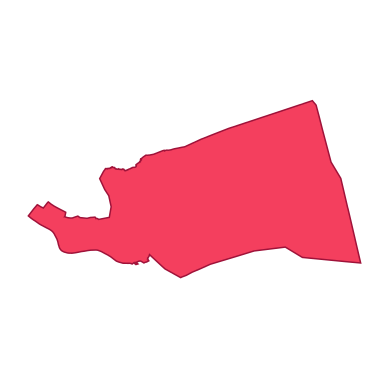 outline of Venray, Limburg, Netherlands, rotated 177°
{"feature_id": "6326949B92597341568086", "entity_name": "Venray", "entity_type": "district", "adm_level": 2, "iso_a3": "NLD", "parent_name": "Netherlands", "parent_adm1": "Limburg", "projection": "robinson", "projection_center": [6.037, 51.508], "detail": "fine", "context": "isolated", "style": "filled", "palette": "rose", "viewbox_px": 384, "rotation_deg": 177, "n_neighbors": 0, "source": "geoboundaries", "source_scale": "gbopen_adm2", "svg_char_len": 4843}
<svg xmlns="http://www.w3.org/2000/svg" viewBox="0 0 384 384"><g transform="rotate(177 192 192)"><path d="M67.0,276.9L111.0,264.8L112.7,264.3L118.3,262.8L125.1,260.9L135.8,258.0L137.9,257.4L152.0,253.6L154.7,252.7L162.3,250.2L168.0,248.3L180.2,244.2L196.8,237.6L197.0,237.5L200.4,237.1L203.4,236.6L207.2,236.1L208.6,235.8L210.2,235.4L210.4,235.3L211.0,235.2L213.7,234.9L213.8,235.0L214.1,235.0L214.5,235.1L215.0,235.1L215.6,235.1L216.2,234.9L217.3,234.5L217.6,235.1L218.9,234.8L219.6,234.6L227.7,231.9L228.3,231.7L231.1,231.3L232.5,231.1L233.7,231.1L234.4,231.0L236.1,231.2L239.7,229.0L240.1,228.5L240.4,228.3L240.8,227.8L241.5,227.8L241.8,226.8L241.1,226.5L242.6,225.1L242.2,224.8L242.6,224.5L244.1,223.8L244.4,223.6L245.0,223.2L246.5,222.2L246.6,221.6L246.5,221.4L246.4,221.3L246.2,221.2L246.3,220.8L246.4,220.6L246.5,220.5L246.5,220.4L246.7,220.1L246.8,220.0L247.1,219.9L247.6,219.7L247.9,219.7L248.1,219.7L248.4,219.6L248.6,219.6L248.8,219.7L249.1,219.7L249.4,219.7L250.1,219.5L250.4,219.6L250.6,219.5L250.7,219.3L250.8,219.2L251.2,218.9L251.6,219.0L251.8,218.9L252.2,218.7L252.4,218.5L252.7,218.4L253.3,218.3L253.7,218.2L254.3,217.9L254.6,217.8L254.6,217.7L254.8,217.7L255.3,217.6L255.5,217.5L255.5,217.3L255.7,217.2L255.9,217.2L256.3,217.2L256.5,217.1L256.9,216.8L257.0,216.7L257.5,216.8L257.7,217.0L257.8,217.1L258.0,217.0L258.1,217.3L258.3,217.3L258.4,217.5L258.5,217.7L258.8,217.9L259.0,218.3L259.2,218.2L259.3,218.2L259.3,218.3L259.6,218.2L259.8,218.2L259.8,218.3L259.7,218.4L260.3,218.6L260.4,218.3L260.5,218.2L261.1,218.1L261.4,218.1L261.6,218.1L261.8,218.3L262.3,218.3L262.6,218.5L262.8,218.5L262.8,218.4L263.0,218.4L263.7,218.4L263.9,218.5L264.0,218.6L263.9,218.8L264.0,219.0L264.2,218.9L264.3,218.9L264.5,218.8L265.0,218.6L265.6,218.7L265.8,218.9L266.0,218.8L266.3,219.0L266.5,218.9L266.9,219.0L267.6,219.4L267.7,219.5L267.7,220.0L267.9,220.4L268.1,220.4L268.2,220.5L268.4,220.6L268.8,220.5L269.2,220.5L269.3,220.7L269.8,220.9L269.8,221.0L270.0,221.2L270.4,220.9L270.4,221.1L270.5,221.2L270.8,221.0L271.0,221.1L271.2,220.9L271.4,220.8L271.5,220.7L271.8,220.5L272.0,220.6L272.3,220.5L272.6,220.1L272.7,219.9L272.8,219.9L273.1,219.9L273.6,219.8L274.0,219.8L274.3,219.9L274.4,220.0L274.6,220.1L274.8,220.0L274.9,219.9L275.2,219.6L275.4,219.5L276.0,219.7L276.5,220.0L276.9,220.0L277.1,219.9L277.3,219.9L277.6,220.2L277.3,219.5L279.2,217.3L283.5,210.2L279.0,199.0L275.3,192.6L273.5,181.5L275.9,171.0L282.4,170.1L286.7,169.5L287.1,169.8L287.4,170.2L287.7,170.3L288.2,170.5L288.6,170.7L288.8,170.7L289.3,170.5L289.5,171.0L289.8,171.4L289.9,171.7L290.2,172.0L292.7,171.9L294.7,171.9L298.1,171.2L305.2,172.3L306.6,173.4L306.9,173.7L307.3,173.9L308.4,173.6L310.2,173.1L311.6,172.7L312.5,172.4L313.1,172.3L315.0,172.4L316.1,172.6L317.2,172.8L319.4,173.5L319.7,173.6L319.8,173.6L320.0,173.8L320.1,174.1L320.3,174.1L320.2,174.2L319.3,177.6L319.2,177.9L319.2,178.4L322.6,180.4L325.0,181.8L328.0,183.6L330.4,185.1L333.4,187.3L336.0,189.6L336.6,189.2L337.4,188.3L339.1,186.3L339.9,185.4L341.3,183.8L343.9,185.2L347.0,187.4L346.8,187.8L350.0,184.4L350.7,183.7L353.7,180.2L356.7,176.7L355.5,175.6L354.0,174.2L351.6,172.3L350.3,171.4L348.4,169.9L346.0,168.0L344.3,166.9L338.6,163.5L337.5,162.9L336.2,162.1L335.7,161.8L335.4,161.5L334.7,161.0L333.4,159.8L332.5,158.6L331.6,157.1L331.4,156.5L330.5,154.6L330.0,153.5L329.4,152.2L328.8,150.1L328.6,149.4L328.1,146.3L327.8,145.3L327.4,143.6L327.1,142.8L327.0,142.7L326.5,141.7L326.1,141.1L325.4,140.4L325.0,140.0L324.6,139.8L324.0,139.4L322.9,138.8L322.1,138.5L321.1,138.2L319.7,137.7L318.0,137.4L315.0,137.2L313.3,137.3L312.1,137.4L311.1,137.5L308.2,137.9L305.7,138.3L303.0,138.5L300.6,138.8L300.0,138.9L299.0,139.0L296.3,139.2L296.1,139.2L295.7,139.2L291.0,139.1L290.2,139.0L289.6,138.9L288.9,138.7L287.5,138.1L286.6,137.7L285.7,137.3L282.3,135.2L279.2,133.4L278.4,132.8L277.3,132.1L276.0,131.1L272.9,128.4L271.2,127.0L270.8,126.8L268.8,125.9L267.3,125.4L264.7,124.5L259.0,124.1L258.0,124.1L257.5,124.0L256.9,123.8L256.4,123.7L256.1,123.6L255.6,123.2L254.1,124.1L253.7,124.4L252.8,123.4L252.7,123.5L251.8,122.5L249.8,123.0L250.5,123.7L251.5,124.6L251.4,124.6L249.3,125.5L249.1,125.6L247.7,125.8L246.9,125.7L246.7,125.6L245.4,124.8L244.8,124.4L244.0,123.8L243.8,123.7L243.3,123.8L242.3,124.3L240.7,124.5L240.2,125.0L238.8,125.4L238.7,125.5L239.3,126.5L239.4,126.9L239.7,127.3L239.9,127.4L239.7,127.7L239.6,127.8L239.5,128.0L239.7,128.4L239.6,128.5L239.3,128.8L239.2,128.9L238.3,130.0L237.7,131.7L225.6,119.2L223.0,116.6L207.8,107.1L206.7,107.6L202.0,109.1L196.1,111.9L188.3,114.7L177.5,118.9L151.4,125.3L133.0,129.9L101.7,132.1L85.2,120.9L51.2,115.8L43.3,114.6L27.3,112.3L31.4,135.1L31.8,137.5L36.0,160.9L37.2,167.5L37.5,168.6L37.5,168.8L42.7,197.8L51.6,214.6L58.4,247.1L61.1,260.7L63.5,272.1L63.6,272.3L63.9,272.8L66.3,275.9L67.0,276.9Z" fill="#f43f5e" stroke="#9f1239" stroke-width="1.5"/></g></svg>